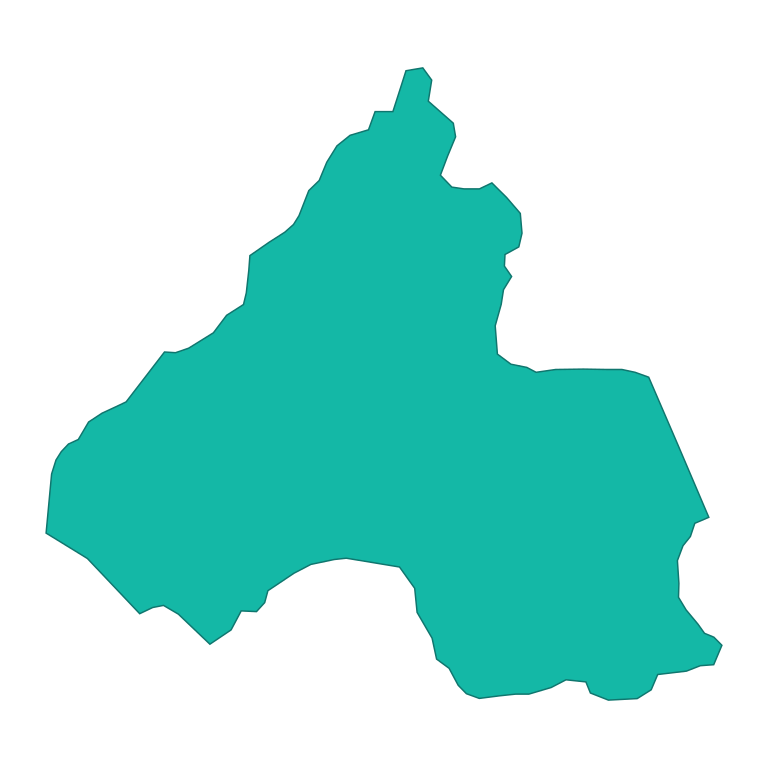 Santa Cruz, Paraíba, Brazil
{"feature_id": "56859067B91012159546278", "entity_name": "Santa Cruz", "entity_type": "district", "adm_level": 2, "iso_a3": "BRA", "parent_name": "Brazil", "parent_adm1": "Paraíba", "projection": "orthographic", "projection_center": [-38.047, -6.532], "detail": "fine", "context": "isolated", "style": "filled", "palette": "teal", "viewbox_px": 768, "rotation_deg": 0, "n_neighbors": 0, "source": "geoboundaries", "source_scale": "gbopen_adm2", "svg_char_len": 1512}
<svg xmlns="http://www.w3.org/2000/svg" viewBox="0 0 768 768"><path d="M337.0,145.8L326.8,162.2L319.2,180.5L308.8,190.6L299.0,215.7L293.5,224.5L284.8,232.2L268.9,242.4L249.9,255.6L248.8,270.3L246.3,292.9L243.5,304.5L226.6,315.3L213.4,332.8L188.6,348.2L175.5,352.7L164.5,352.0L126.1,401.9L115.8,406.8L102.0,413.2L88.6,422.0L78.3,439.5L68.5,444.0L61.3,451.6L56.0,460.0L51.6,474.0L46.1,533.1L87.4,558.5L139.7,613.7L152.7,607.5L163.5,605.4L178.3,614.1L209.9,644.2L231.1,629.9L241.2,610.9L256.5,611.6L264.7,602.6L267.9,590.7L294.0,573.2L310.9,564.4L334.2,559.5L346.3,558.2L399.5,567.0L414.7,588.3L417.1,612.4L432.1,638.2L436.6,659.1L449.1,668.3L458.2,685.3L466.4,693.7L479.3,698.4L499.7,695.8L515.8,694.1L528.9,694.1L551.2,687.5L566.0,679.8L585.9,681.9L590.4,693.0L608.4,700.1L637.2,698.6L651.2,689.8L657.7,674.5L686.5,671.1L700.3,665.7L713.7,664.7L721.9,645.3L713.9,637.2L704.5,633.3L698.0,624.2L686.1,609.9L678.5,597.3L678.9,583.4L677.4,560.6L683.0,545.7L690.4,536.5L694.8,523.3L708.8,517.3L677.5,443.9L648.7,377.2L635.1,372.3L622.0,369.5L607.1,369.5L583.4,369.1L555.6,369.5L536.1,372.3L526.8,367.4L510.9,364.2L497.4,354.1L495.2,325.8L501.2,304.4L503.5,289.7L511.6,276.5L504.4,266.1L505.0,254.5L518.8,246.9L522.0,233.2L520.3,213.4L506.7,197.6L491.9,182.9L479.4,188.9L464.1,188.9L451.8,187.1L440.4,175.2L447.4,156.6L455.6,136.8L453.3,123.2L428.3,101.2L431.7,80.1L422.8,67.9L406.0,70.7L401.2,85.8L392.9,111.6L375.1,111.6L368.5,129.8L350.1,135.3L337.0,145.8Z" fill="#14b8a6" stroke="#0f766e" stroke-width="1.5"/></svg>